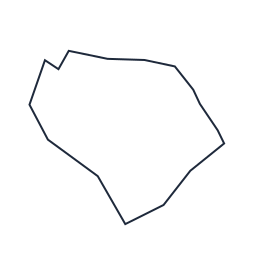 outline of Praia, rotated 253°
{"feature_id": "CPV-5053", "entity_name": "Praia", "entity_type": "state/province", "adm_level": 1, "iso_a3": "CPV", "parent_name": "Cabo Verde", "parent_adm1": "", "projection": "robinson", "projection_center": [-23.509, 14.947], "detail": "fine", "context": "isolated", "style": "outline", "palette": "slate", "viewbox_px": 256, "rotation_deg": 253, "n_neighbors": 0, "source": "natural_earth", "source_scale": "10m", "svg_char_len": 356}
<svg xmlns="http://www.w3.org/2000/svg" viewBox="0 0 256 256"><g transform="rotate(253 128 128)"><path d="M217.1,68.4L204.6,78.7L219.1,93.9L200.1,128.7L188.2,163.7L173.2,190.8L145.5,201.6L130.0,203.8L99.6,213.1L85.1,215.4L68.9,175.1L44.0,139.5L36.9,97.3L90.8,85.0L140.3,48.0L179.1,40.6L217.1,68.4Z" fill="none" stroke="#1e293b" stroke-width="2"/></g></svg>